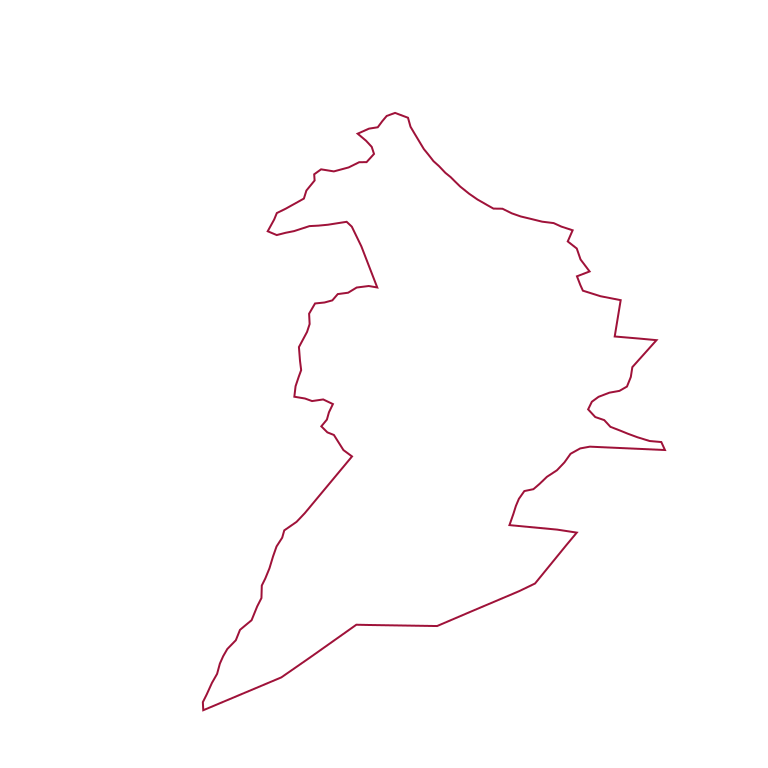 Ribeirão, Pernambuco, Brazil, rotated 72°
{"feature_id": "56859067B42431368650205", "entity_name": "Ribeirão", "entity_type": "district", "adm_level": 2, "iso_a3": "BRA", "parent_name": "Brazil", "parent_adm1": "Pernambuco", "projection": "natural_earth1", "projection_center": [-35.39, -8.52], "detail": "fine", "context": "isolated", "style": "outline", "palette": "rose", "viewbox_px": 768, "rotation_deg": 72, "n_neighbors": 0, "source": "geoboundaries", "source_scale": "gbopen_adm2", "svg_char_len": 2073}
<svg xmlns="http://www.w3.org/2000/svg" viewBox="0 0 768 768"><g transform="rotate(72 384 384)"><path d="M202.8,447.4L209.2,440.0L209.8,430.7L210.8,422.3L210.8,406.1L213.1,397.5L215.2,388.1L216.7,378.7L218.2,369.4L224.4,366.0L246.1,363.0L290.1,360.6L286.1,368.2L283.8,380.2L286.1,389.9L284.2,400.2L288.5,407.3L288.1,415.4L286.1,424.7L294.0,433.5L304.0,436.2L310.7,441.1L322.6,453.5L335.9,456.7L345.2,458.5L350.7,462.8L358.8,468.8L368.4,473.2L373.4,463.6L378.0,457.7L379.9,446.6L387.3,438.8L393.9,445.1L400.2,449.3L404.9,456.7L412.5,452.8L417.0,447.4L434.3,443.0L443.0,436.8L482.4,499.3L488.1,509.8L492.4,524.1L498.7,528.3L505.3,536.4L513.7,542.8L523.9,549.9L532.4,557.1L537.9,562.5L549.7,566.7L556.3,573.3L567.7,582.9L573.3,596.9L581.9,604.1L587.6,614.9L593.2,621.1L599.2,626.5L608.1,632.3L615.1,640.0L624.3,648.4L630.6,654.6L638.4,656.7L631.3,572.3L620.7,537.1L604.4,484.7L608.4,473.2L630.6,408.3L627.4,372.9L622.8,319.7L620.4,302.0L593.6,260.4L584.9,246.6L576.0,264.3L557.0,308.3L547.4,301.0L540.8,296.3L534.9,291.2L529.2,283.6L530.2,274.4L527.1,267.0L522.6,257.7L519.5,246.2L514.3,236.6L508.0,228.1L505.9,217.3L507.2,207.6L533.6,137.2L524.9,138.2L520.3,149.0L512.9,159.5L506.6,167.5L501.7,173.3L494.7,181.9L486.4,185.7L480.7,193.3L471.2,197.7L465.1,191.8L462.5,183.9L461.9,172.3L463.3,162.2L461.5,153.7L453.6,147.1L444.7,142.6L426.5,111.3L419.5,127.6L410.1,149.9L377.4,133.0L367.4,151.0L356.7,166.0L350.5,166.7L341.2,167.2L340.5,153.7L326.3,158.6L314.7,158.8L305.2,165.2L296.1,157.1L289.1,166.7L283.4,172.9L278.5,183.4L271.8,194.2L266.9,202.2L261.2,209.7L253.9,217.2L251.0,225.7L245.9,230.4L237.4,238.1L229.4,244.2L219.8,250.5L213.5,253.8L207.8,256.7L202.1,260.4L193.9,264.3L187.3,268.1L179.6,270.9L172.9,273.5L154.7,277.7L147.5,279.3L138.2,278.9L129.6,289.7L129.9,298.6L133.5,304.4L137.9,310.6L136.5,319.4L137.8,331.7L147.1,325.9L154.7,322.4L162.1,322.4L167.6,332.0L165.4,339.1L167.1,350.7L166.3,366.0L160.4,377.5L163.0,385.6L169.0,387.1L176.0,398.0L182.9,402.9L186.9,423.3L188.3,433.1L193.6,437.6L202.8,447.4Z" fill="none" stroke="#9f1239" stroke-width="2"/></g></svg>